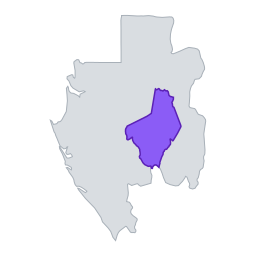 Ogooué-Lolo highlighted on a map of Gabon
{"feature_id": "GAB-2628", "entity_name": "Ogooué-Lolo", "entity_type": "Province", "adm_level": 1, "iso_a3": "GAB", "parent_name": "Gabon", "parent_adm1": "", "projection": "equal_earth", "projection_center": [12.559, -0.822], "detail": "fine", "context": "in_parent", "style": "filled", "palette": "violet", "viewbox_px": 256, "rotation_deg": 0, "n_neighbors": 0, "source": "natural_earth", "source_scale": "10m", "svg_char_len": 5735}
<svg xmlns="http://www.w3.org/2000/svg" viewBox="0 0 256 256"><path d="M173.8,20.5L173.6,23.0L171.5,29.2L170.5,34.0L170.2,39.1L170.8,43.2L171.9,46.1L172.5,49.3L172.0,51.5L171.0,52.4L171.7,53.5L173.2,53.8L175.9,52.8L180.0,51.1L185.3,48.7L188.8,47.4L194.6,48.2L197.6,49.1L199.2,50.9L200.9,58.2L201.8,59.3L203.2,62.4L204.3,66.1L204.6,68.0L204.5,69.4L203.3,71.4L202.0,74.4L201.5,76.2L200.4,77.5L199.0,78.8L195.1,79.3L194.5,80.1L193.5,83.3L191.4,86.0L190.5,88.5L189.7,91.9L189.8,96.0L189.4,102.1L189.0,106.1L190.0,107.6L194.6,108.6L195.5,109.4L196.8,111.9L198.3,114.3L202.6,115.8L204.2,117.6L205.5,119.6L205.7,121.2L204.7,127.7L203.8,134.0L204.2,138.8L204.5,143.3L205.0,150.0L204.8,154.0L203.6,156.5L203.6,158.5L204.1,160.8L203.1,167.3L202.4,168.4L200.5,169.6L199.5,171.3L199.2,174.0L198.2,177.8L197.1,179.1L197.1,180.9L198.1,182.1L198.1,184.1L196.2,186.4L195.1,188.2L192.6,189.0L189.7,188.1L189.0,186.8L189.7,184.8L189.5,183.2L188.5,181.5L187.0,177.2L185.6,176.3L184.8,178.0L182.5,181.3L178.4,185.6L175.5,185.9L170.1,184.6L165.7,182.6L163.5,177.6L162.2,173.5L160.3,168.8L158.2,166.5L155.9,165.1L154.9,165.0L151.6,167.6L150.6,168.7L150.6,170.9L150.9,173.0L151.4,174.0L151.9,175.3L151.8,177.4L151.2,180.1L151.0,183.2L140.7,186.2L138.9,185.1L137.6,183.7L136.1,184.0L131.6,185.5L130.0,184.5L128.4,183.7L127.6,184.3L127.6,185.6L128.3,192.8L128.1,195.6L127.1,199.1L126.6,201.6L129.3,202.2L130.3,203.4L131.2,205.2L132.5,206.9L132.6,207.9L131.1,209.8L130.6,212.1L131.3,213.9L133.2,215.8L135.9,217.7L137.2,219.0L137.1,220.2L135.8,222.7L135.4,224.8L134.5,226.7L134.7,228.5L135.9,230.1L135.8,231.6L134.9,232.7L133.3,232.5L131.8,232.6L130.5,232.2L126.5,226.5L125.7,226.3L119.9,230.7L118.4,232.5L117.2,235.1L115.6,240.6L113.0,237.4L110.7,231.4L108.0,227.8L102.5,221.9L101.0,217.5L94.6,207.9L85.4,198.4L78.7,190.0L77.7,188.2L78.9,188.4L85.3,192.6L86.1,192.1L86.9,191.2L84.1,189.0L81.5,187.3L79.0,186.2L76.5,186.3L75.1,184.5L74.2,181.9L73.8,179.6L72.7,177.2L69.1,172.2L68.3,170.3L66.3,167.7L67.5,167.4L71.3,169.9L71.6,168.9L71.3,167.4L67.5,165.1L65.4,164.9L65.0,163.3L65.3,161.3L62.5,154.1L59.7,148.8L59.3,146.2L66.9,157.9L67.9,158.1L69.2,158.0L72.4,156.7L71.8,155.1L70.4,153.5L69.0,154.2L67.2,154.4L66.3,153.7L65.8,152.5L67.6,146.8L66.8,147.1L66.3,148.1L65.3,148.6L63.8,148.9L60.0,145.8L56.7,137.6L55.9,135.9L55.0,133.1L54.1,131.9L50.3,120.2L51.8,121.1L53.5,124.4L56.8,123.7L58.2,121.8L59.3,121.8L60.5,121.4L62.0,119.6L66.3,111.5L67.4,100.9L67.0,94.6L66.4,88.3L67.8,86.3L68.4,87.6L68.7,89.9L69.3,91.5L70.9,93.0L73.7,93.4L78.1,95.7L79.7,97.2L80.1,94.2L85.2,91.7L83.7,90.8L79.2,91.8L73.0,88.1L70.9,85.7L69.0,81.1L67.0,78.8L67.2,76.6L71.6,74.7L72.8,74.9L73.3,77.2L74.5,78.2L74.9,77.9L75.1,75.9L75.1,70.5L73.8,62.9L74.2,61.4L75.4,60.8L76.5,59.8L77.2,59.6L78.7,59.8L79.5,61.6L79.9,62.6L81.4,63.0L82.7,64.0L83.8,63.7L84.6,62.6L86.0,62.4L90.0,62.4L93.7,62.4L101.0,62.5L108.3,62.5L115.6,62.5L121.1,62.5L121.1,58.2L121.1,51.4L121.0,43.4L121.0,35.7L121.0,28.6L120.9,20.2L121.2,17.8L121.6,16.8L121.5,15.5L127.1,15.4L137.4,16.0L141.8,15.9L143.1,16.0L148.7,15.6L153.2,16.1L155.2,16.7L156.9,17.0L162.3,17.4L169.4,16.9L171.8,17.0L173.1,18.2L173.8,20.5Z" fill="#d9dde1" stroke="#a8b0b8" stroke-width="1"/><path d="M158.9,167.3L157.1,165.6L156.0,164.9L154.7,165.0L154.4,165.1L153.1,166.3L152.9,166.5L152.6,167.2L152.5,167.5L152.5,167.9L152.4,168.3L152.1,168.5L151.6,168.3L151.1,167.6L151.2,166.8L151.0,166.3L150.9,166.2L150.6,166.1L150.3,166.1L148.4,166.3L148.2,166.3L144.9,164.7L144.6,164.5L142.9,162.7L142.6,162.1L140.8,158.9L140.6,158.6L140.3,158.5L140.0,158.3L139.7,158.0L139.5,157.1L139.4,156.7L139.4,156.4L139.5,156.2L139.6,155.9L139.8,155.6L140.0,155.4L140.1,155.0L140.2,154.7L140.2,153.8L140.1,152.5L139.8,150.7L139.7,150.3L139.7,149.6L139.7,149.4L139.5,149.0L138.6,147.5L138.0,146.7L137.8,146.5L136.8,145.9L136.5,145.7L135.6,144.4L134.2,143.2L133.8,142.6L132.9,140.8L132.7,140.4L132.5,139.3L132.4,138.5L132.4,137.9L132.5,137.6L132.4,137.3L132.1,137.3L131.8,137.4L131.6,137.5L129.7,139.1L128.9,139.3L128.4,139.7L128.1,139.8L127.8,139.8L127.3,139.6L127.0,139.4L126.9,139.1L126.8,138.5L126.9,137.8L126.9,137.2L126.9,136.5L126.8,136.0L126.6,135.3L126.6,135.1L126.0,134.2L125.8,133.9L125.7,133.5L125.7,133.1L125.6,132.2L125.5,131.6L125.5,131.3L125.6,129.2L125.8,128.8L126.0,128.3L126.7,127.2L127.2,126.1L147.1,116.2L151.3,113.4L155.4,88.9L155.5,88.8L155.9,89.3L156.1,89.5L156.4,89.7L156.6,89.8L156.9,89.7L158.6,88.6L159.0,88.7L159.3,88.9L159.5,89.2L159.7,89.4L159.9,89.7L160.1,90.1L160.3,90.3L160.6,90.5L161.1,90.4L161.8,90.5L162.6,90.9L162.9,90.9L163.3,90.8L163.6,90.6L164.4,89.7L164.6,89.8L165.0,90.2L165.5,90.6L165.8,90.7L165.9,90.8L166.1,90.9L166.4,90.9L167.2,90.7L167.4,90.8L167.8,91.4L168.2,91.8L168.3,92.1L168.4,92.8L168.9,95.0L169.0,95.3L169.2,95.6L170.2,96.3L170.5,96.5L170.8,96.7L171.1,96.7L171.8,96.7L172.1,96.9L172.4,97.1L172.7,97.2L172.9,97.3L173.4,97.3L173.4,99.2L172.7,101.0L172.0,102.2L171.9,102.6L172.0,102.9L172.1,103.1L172.3,103.4L172.5,104.9L172.6,105.7L172.6,106.1L172.8,106.5L173.0,106.8L173.5,107.0L173.8,107.2L174.0,107.5L180.7,125.2L180.9,126.1L180.9,126.7L177.5,133.3L173.2,140.5L172.8,140.8L172.3,140.3L170.4,139.0L170.1,139.2L170.1,139.5L170.4,140.8L170.5,142.2L170.5,143.7L170.4,144.4L170.2,144.8L169.9,145.0L169.6,145.2L169.3,145.5L168.9,146.6L168.7,146.9L168.3,147.1L168.0,147.3L167.8,147.6L167.4,148.3L167.2,148.6L166.9,148.9L166.6,149.2L166.4,149.3L166.1,149.3L165.9,149.2L165.6,149.3L164.8,149.8L164.5,150.2L164.4,150.8L164.2,151.2L163.9,151.5L163.7,151.7L163.4,152.1L163.2,152.6L163.1,152.9L163.1,154.0L163.0,154.4L162.8,154.8L162.6,155.2L162.5,155.5L162.3,155.8L161.8,156.7L159.9,162.2L159.8,162.5L159.9,163.3L159.9,163.6L159.5,164.7L159.3,165.7L159.0,167.0L158.9,167.3Z" fill="#8b5cf6" stroke="#5b21b6" stroke-width="1.5"/></svg>